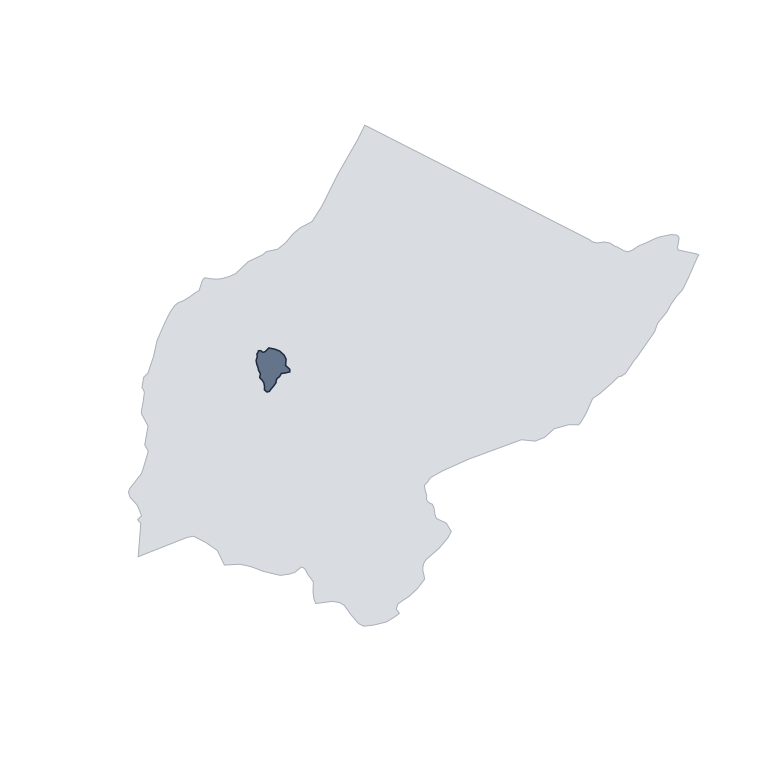 Uganda, with Soroti highlighted, rotated 207°
{"feature_id": "UGA-3074", "entity_name": "Soroti", "entity_type": "District", "adm_level": 1, "iso_a3": "UGA", "parent_name": "Uganda", "parent_adm1": "", "projection": "robinson", "projection_center": [33.599, 1.795], "detail": "fine", "context": "in_parent", "style": "filled", "palette": "slate", "viewbox_px": 768, "rotation_deg": 207, "n_neighbors": 0, "source": "natural_earth", "source_scale": "10m", "svg_char_len": 2909}
<svg xmlns="http://www.w3.org/2000/svg" viewBox="0 0 768 768"><g transform="rotate(207 384 384)"><path d="M518.6,605.9L509.6,605.9L495.0,605.9L480.3,605.9L465.7,605.9L451.0,605.9L436.4,605.9L421.7,605.9L407.1,605.9L392.4,605.9L377.8,605.9L363.1,605.9L348.4,605.9L333.8,605.9L319.2,605.9L304.5,605.9L289.8,605.9L275.2,605.9L266.5,605.9L264.8,605.6L263.6,605.2L258.1,606.4L252.4,610.5L246.3,612.2L239.8,611.5L238.9,612.0L235.6,611.8L230.9,611.6L226.6,612.6L223.3,616.2L220.0,622.4L214.0,629.4L209.3,635.6L205.3,640.1L196.2,647.4L191.2,649.5L188.7,649.2L187.2,647.8L184.3,638.5L182.5,637.0L164.8,641.8L162.1,641.9L162.3,639.0L161.0,617.0L160.8,603.6L163.1,595.1L164.5,585.4L164.6,576.9L167.8,562.3L166.6,553.6L170.8,522.9L171.9,518.0L173.6,503.2L176.2,498.6L178.5,496.8L181.6,487.7L187.4,473.2L191.5,465.8L190.6,449.4L191.3,438.3L192.2,435.9L200.8,431.7L212.0,421.5L216.7,409.4L223.4,401.7L236.3,396.7L274.6,355.3L292.5,333.0L300.2,321.5L300.5,317.4L302.0,312.0L298.9,307.8L295.2,304.0L293.9,300.5L290.7,298.7L286.2,298.8L283.1,296.2L279.7,291.2L276.3,288.0L265.4,288.3L257.1,283.2L257.2,276.2L260.4,262.4L266.8,246.6L267.2,242.3L266.3,238.6L264.7,235.4L261.9,232.2L259.2,228.5L261.3,217.1L265.3,206.0L268.6,200.4L271.8,194.2L270.9,189.1L266.2,186.6L268.6,181.6L273.7,173.2L283.5,164.7L292.0,159.0L297.8,159.0L308.9,163.5L319.0,168.8L324.6,169.1L331.3,166.9L345.2,157.4L348.6,160.4L352.7,166.2L357.1,175.6L365.8,180.0L370.0,183.0L373.0,183.8L374.7,183.1L378.0,175.6L382.1,171.6L389.5,166.4L405.9,162.4L417.6,161.1L422.6,160.2L430.9,157.8L444.0,150.2L456.9,160.0L470.9,161.9L484.5,161.9L488.6,158.9L491.0,156.6L505.3,140.4L524.6,118.5L537.4,149.4L541.9,151.2L541.2,153.9L540.2,156.5L548.6,163.9L558.9,167.8L562.6,171.6L563.0,175.8L559.5,193.8L560.1,199.0L563.5,217.1L569.6,221.2L575.1,239.4L586.2,247.1L587.7,249.3L590.3,258.2L593.7,267.8L596.3,270.1L597.9,270.6L601.2,280.9L599.3,286.7L601.9,304.2L606.0,319.9L607.1,338.6L607.2,346.8L607.1,351.8L606.1,359.0L604.2,363.1L600.6,367.1L596.7,373.4L593.3,380.1L591.2,383.4L592.8,393.5L592.4,396.2L591.5,397.5L586.5,399.0L580.1,401.7L576.2,404.4L570.7,409.5L566.3,415.1L560.5,431.4L550.7,444.1L549.1,448.3L539.9,455.9L535.8,465.2L533.2,476.6L529.7,484.9L521.9,496.1L520.1,513.9L520.4,549.5L518.4,590.0L518.6,605.9Z" fill="#d9dde1" stroke="#a8b0b8" stroke-width="1"/><path d="M473.4,352.1L477.2,348.8L480.3,346.8L480.3,344.9L480.4,343.2L481.8,340.2L481.6,338.1L480.8,336.2L481.4,332.2L482.3,328.4L482.8,325.3L484.7,323.7L487.9,324.5L489.5,327.8L491.5,330.4L494.3,332.1L496.0,332.6L497.7,333.3L498.2,334.9L498.5,336.5L500.1,338.0L501.8,339.0L502.6,340.0L503.4,341.1L506.2,343.7L508.6,346.8L509.0,348.7L509.3,350.7L510.0,351.8L510.9,352.9L510.6,355.0L511.0,356.6L508.9,357.8L506.4,357.2L504.7,358.7L503.7,361.4L503.1,363.8L497.2,365.5L491.9,366.0L486.1,364.4L482.5,361.7L480.1,355.9L474.6,354.3L473.4,352.1Z" fill="#64748b" stroke="#1e293b" stroke-width="1.5"/></g></svg>